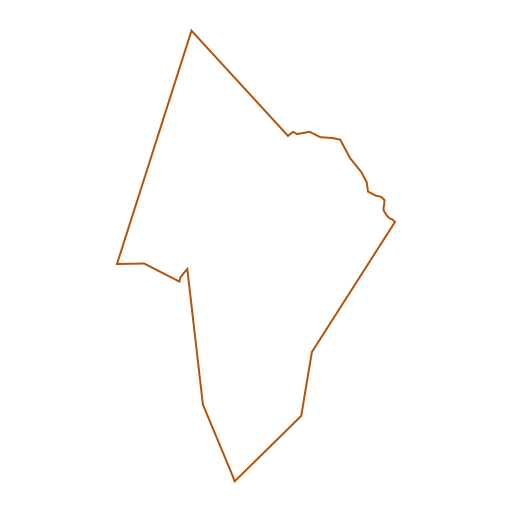 Morne Jacques, Choiseul, Saint Lucia
{"feature_id": "8701671B73612450286207", "entity_name": "Morne Jacques", "entity_type": "district", "adm_level": 2, "iso_a3": "LCA", "parent_name": "Saint Lucia", "parent_adm1": "Choiseul", "projection": "natural_earth1", "projection_center": [-61.029, 13.811], "detail": "fine", "context": "isolated", "style": "outline", "palette": "amber", "viewbox_px": 512, "rotation_deg": 0, "n_neighbors": 0, "source": "geoboundaries", "source_scale": "gbopen_adm2", "svg_char_len": 966}
<svg xmlns="http://www.w3.org/2000/svg" viewBox="0 0 512 512"><path d="M383.2,198.8L381.3,197.0L375.3,195.4L368.0,191.6L366.7,182.2L361.4,172.2L350.1,158.2L340.2,139.6L332.2,138.0L320.3,137.2L309.7,131.8L297.1,134.1L293.1,131.8L288.0,135.9L191.5,30.7L117.0,264.0L135.3,263.7L144.0,263.5L179.4,281.6L180.1,278.7L180.5,277.3L183.6,273.3L187.3,269.0L202.9,404.5L231.7,473.6L233.5,478.3L234.7,481.3L301.2,415.9L311.9,352.0L395.0,221.9L394.6,221.5L394.3,221.1L394.0,220.9L393.6,220.5L393.3,220.3L392.9,220.0L392.6,219.6L392.2,219.3L391.7,219.2L391.3,219.0L390.9,218.9L390.4,218.7L390.0,218.5L389.6,218.2L389.1,217.9L388.6,217.4L388.2,217.0L387.9,216.6L387.6,216.4L387.2,216.0L386.8,215.5L386.5,215.0L386.3,214.5L385.9,214.1L385.7,213.7L385.4,213.3L385.1,212.9L384.9,212.6L384.6,212.2L384.3,211.7L384.1,211.2L383.9,210.7L383.8,210.2L383.7,209.7L383.6,209.2L383.5,208.6L383.4,207.9L383.9,206.3L384.6,200.1L383.2,198.8Z" fill="none" stroke="#b45309" stroke-width="2"/></svg>